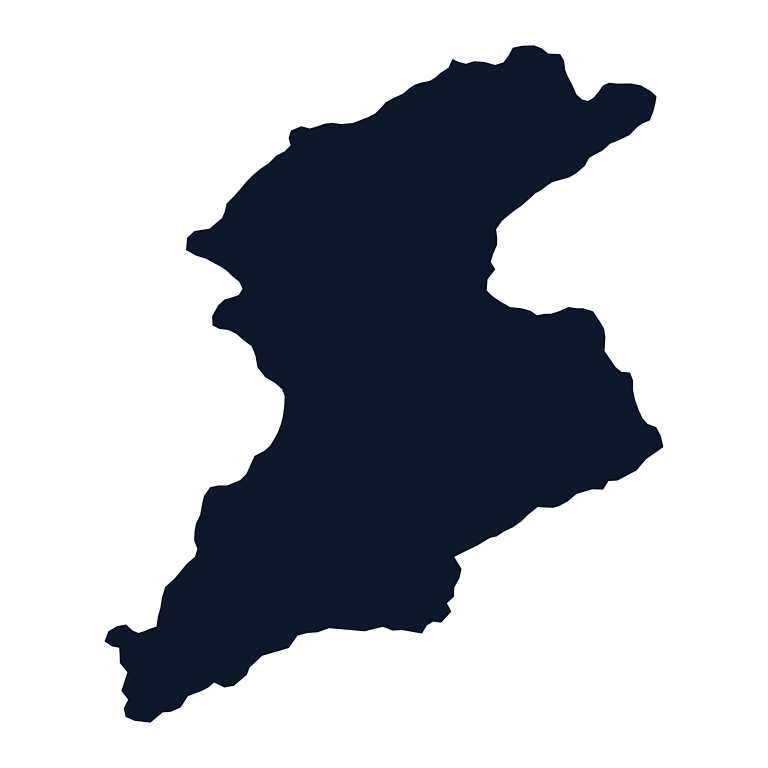 the district of Delfim Moreira, Minas Gerais, Brazil
{"feature_id": "56859067B30477670707937", "entity_name": "Delfim Moreira", "entity_type": "district", "adm_level": 2, "iso_a3": "BRA", "parent_name": "Brazil", "parent_adm1": "Minas Gerais", "projection": "mercator", "projection_center": [-45.288, -22.512], "detail": "fine", "context": "isolated", "style": "filled", "palette": "ink", "viewbox_px": 768, "rotation_deg": 0, "n_neighbors": 0, "source": "geoboundaries", "source_scale": "gbopen_adm2", "svg_char_len": 3226}
<svg xmlns="http://www.w3.org/2000/svg" viewBox="0 0 768 768"><path d="M649.2,119.9L652.6,111.3L654.6,103.6L655.7,96.6L650.1,91.6L640.6,86.1L631.4,84.3L624.8,84.3L617.3,84.4L609.3,83.5L603.4,86.1L598.7,92.8L593.9,98.4L588.3,101.8L581.6,100.2L575.7,94.7L571.9,85.9L567.4,77.2L564.4,70.2L563.4,61.0L559.8,54.9L547.9,54.3L541.4,49.1L534.1,46.1L522.2,46.5L513.3,48.4L509.4,55.6L503.9,63.1L495.1,65.8L484.4,62.7L474.1,62.0L466.2,64.6L459.0,62.9L452.8,60.1L449.1,68.1L440.8,73.6L435.7,78.3L429.8,81.7L421.5,83.3L415.0,85.4L409.6,89.0L403.7,94.2L394.5,98.4L386.2,102.9L381.4,108.4L375.9,113.9L369.5,117.4L362.1,120.3L352.9,123.8L340.9,124.8L332.0,123.6L324.7,124.5L317.6,127.1L309.7,129.3L301.4,127.1L291.5,131.1L289.4,138.2L291.5,145.6L285.0,152.0L276.7,156.3L269.2,163.8L261.0,169.3L253.8,175.3L246.6,182.6L240.0,190.5L234.5,196.8L227.3,203.9L225.3,212.4L222.5,218.8L216.3,223.9L209.8,229.5L201.6,230.7L194.9,231.7L187.9,238.1L186.8,249.6L196.7,255.1L206.3,258.0L214.3,262.5L221.0,265.9L226.9,269.9L233.5,276.3L239.6,281.0L243.5,288.9L239.2,295.7L232.4,298.1L224.9,300.2L218.6,306.1L212.9,316.4L213.3,325.0L219.8,328.2L228.0,329.1L236.8,333.2L244.2,339.8L252.3,345.8L256.1,355.4L258.2,367.0L265.7,376.6L275.7,382.5L282.8,388.9L285.4,395.8L285.0,406.4L283.6,416.7L281.6,424.5L278.4,432.8L274.7,439.7L270.5,446.5L264.6,451.6L255.1,456.5L250.7,466.1L247.1,474.3L240.7,480.7L234.5,483.3L227.3,486.2L219.0,486.2L210.7,487.8L204.7,496.2L202.8,504.5L200.8,515.6L196.7,523.7L195.3,531.7L194.9,540.2L198.2,548.8L195.7,557.2L187.7,563.8L181.3,571.7L174.7,579.5L165.9,587.3L162.7,597.7L161.1,608.2L158.7,616.4L157.2,627.1L150.7,629.3L144.5,631.9L138.4,633.8L132.2,631.2L125.7,625.3L117.4,626.9L108.9,631.9L105.5,641.2L112.3,645.7L119.9,647.1L120.4,654.2L120.6,662.8L128.3,672.1L122.2,690.8L129.1,699.6L124.6,708.3L126.3,716.4L134.6,720.0L150.1,721.9L162.4,711.6L169.9,711.2L180.0,707.0L187.5,695.5L201.9,690.0L208.1,686.7L213.9,681.5L224.5,686.7L233.5,685.1L246.2,674.4L248.8,667.3L261.7,655.1L288.4,647.3L297.0,635.0L306.6,632.4L317.6,631.5L329.0,627.4L364.3,630.5L382.9,626.0L392.8,629.8L402.3,629.3L421.7,632.7L426.1,625.0L432.9,620.8L440.8,621.9L450.4,611.5L446.0,603.0L453.2,596.3L453.5,587.3L458.7,578.0L460.7,569.1L453.1,556.5L466.6,549.8L476.8,544.9L489.6,537.2L496.4,535.7L503.6,530.8L512.2,526.8L521.2,520.5L527.3,514.4L537.3,506.3L553.0,507.1L559.1,505.2L567.8,500.4L576.0,493.3L592.2,488.5L602.7,488.8L608.0,480.3L617.2,479.8L636.1,469.8L645.4,458.7L662.5,446.8L660.1,436.1L655.7,427.8L647.0,424.5L641.9,418.6L638.2,410.8L634.3,400.0L632.3,389.9L632.3,380.6L629.5,373.3L621.1,372.5L615.2,367.8L609.7,359.9L603.8,351.3L604.6,336.9L603.4,329.0L599.0,321.6L592.6,312.0L583.0,309.0L576.1,309.0L568.8,307.8L559.1,312.0L551.4,314.5L544.4,314.6L536.9,316.1L529.7,311.3L521.2,309.0L509.8,307.8L500.2,302.3L492.0,296.8L485.9,290.7L486.8,278.9L494.4,269.3L489.9,262.2L492.3,254.0L496.4,244.7L496.4,237.3L495.3,229.1L501.2,220.6L507.4,215.3L513.1,210.6L520.4,205.6L528.0,199.1L534.8,192.8L541.1,189.3L546.2,185.2L551.7,181.6L560.6,179.0L568.9,176.7L575.7,172.7L584.0,165.6L588.7,157.2L595.0,153.7L601.8,150.1L609.7,143.0L619.3,139.2L629.0,134.5L636.5,126.7L641.7,122.9L649.2,119.9Z" fill="#0f172a" stroke="#020617" stroke-width="1.5"/></svg>